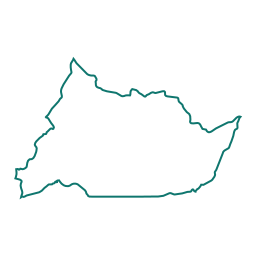 the Province of Adamaoua
{"feature_id": "CMR-1482", "entity_name": "Adamaoua", "entity_type": "Province", "adm_level": 1, "iso_a3": "CMR", "parent_name": "Cameroon", "parent_adm1": "", "projection": "robinson", "projection_center": [13.021, 7.091], "detail": "fine", "context": "isolated", "style": "outline", "palette": "teal", "viewbox_px": 256, "rotation_deg": 0, "n_neighbors": 0, "source": "natural_earth", "source_scale": "10m", "svg_char_len": 4107}
<svg xmlns="http://www.w3.org/2000/svg" viewBox="0 0 256 256"><path d="M55.2,105.1L58.6,101.3L60.1,98.8L61.0,98.1L61.7,97.4L61.9,96.1L61.1,92.4L61.0,91.1L61.2,89.7L61.6,88.4L63.6,84.3L69.1,75.7L71.2,73.2L71.5,72.3L71.3,71.2L71.0,69.7L70.7,67.3L70.7,64.8L71.0,63.3L73.2,59.7L73.5,58.8L74.1,59.5L76.5,63.2L87.1,74.0L88.4,74.8L89.6,75.2L91.0,75.5L93.1,75.5L93.8,75.6L94.7,75.9L95.2,76.6L96.4,78.7L96.5,79.4L96.5,80.0L96.2,80.6L95.8,81.1L95.6,81.8L95.8,83.2L95.9,85.1L96.3,86.2L96.8,86.8L97.5,87.3L98.8,87.8L99.5,88.0L100.1,88.1L101.5,88.9L102.4,89.9L106.9,91.3L115.8,92.8L116.6,93.1L121.3,95.9L122.2,96.2L122.9,96.2L124.2,96.0L125.5,95.5L127.0,95.3L130.0,95.4L130.3,94.7L130.5,92.2L130.6,91.4L130.8,90.9L131.4,90.2L131.7,89.5L132.3,89.1L136.2,90.1L137.8,91.3L138.3,92.1L139.3,93.1L140.2,93.6L141.4,94.2L144.3,96.4L145.1,96.6L145.7,96.3L146.4,95.4L146.9,95.0L148.9,94.2L149.5,93.8L150.9,92.9L151.6,92.6L152.6,92.3L153.4,92.4L154.8,92.9L155.4,93.0L156.1,92.9L162.4,91.3L163.7,91.2L164.3,91.3L165.0,92.1L165.1,94.9L165.5,95.4L166.1,96.0L167.6,96.4L177.2,97.6L177.8,97.9L178.2,98.3L178.6,100.6L178.8,101.3L179.1,101.8L179.5,102.2L181.8,104.2L182.4,104.9L182.7,105.4L182.8,106.4L183.9,108.5L186.8,112.1L187.8,112.9L188.5,113.4L189.3,114.1L190.2,116.2L190.4,119.6L190.3,120.4L190.1,121.3L190.2,122.2L190.6,122.8L191.2,123.2L191.9,123.3L193.3,123.4L197.3,123.0L198.0,123.1L198.8,123.3L199.7,124.0L200.3,124.8L200.8,125.8L201.2,126.6L202.5,128.9L206.0,129.6L206.8,131.0L207.2,131.4L207.9,131.9L208.6,132.2L209.3,132.2L209.9,132.1L210.5,131.9L211.2,131.6L211.9,131.2L216.0,128.4L227.6,122.6L228.4,122.3L229.3,122.2L230.2,122.2L231.5,122.0L232.3,121.7L233.1,121.1L236.5,117.7L237.8,116.9L238.7,116.6L239.4,116.5L240.0,116.6L240.5,116.8L239.4,118.1L238.3,121.1L237.6,122.5L237.3,123.2L237.3,123.8L237.5,127.5L237.4,128.1L236.9,128.8L235.6,129.4L235.1,129.8L234.5,130.9L234.1,132.0L233.3,135.9L231.4,141.4L230.3,144.0L229.3,146.9L228.9,147.8L228.2,148.4L224.9,150.3L224.0,151.0L223.2,152.0L222.7,153.5L216.3,169.8L214.9,171.9L214.8,172.6L215.0,174.1L215.1,174.8L214.9,175.5L214.4,176.7L212.3,179.7L211.4,180.5L203.5,184.8L201.2,184.7L200.7,185.7L199.9,186.9L198.3,188.7L197.4,189.0L196.2,190.4L195.4,191.2L195.5,191.4L195.5,191.7L195.4,191.7L194.2,191.0L193.3,189.6L192.8,189.4L192.3,189.6L191.9,190.0L191.6,190.3L191.4,190.9L191.0,191.4L190.3,191.7L187.4,191.9L182.2,193.4L179.3,193.8L174.7,194.5L173.7,194.3L170.9,193.2L170.0,193.1L169.2,193.3L163.4,195.8L158.3,196.5L136.4,196.7L109.5,196.7L95.2,196.7L89.5,196.6L88.2,196.0L88.0,195.5L87.6,194.9L86.6,193.8L86.4,193.4L86.2,192.8L86.1,192.2L85.8,191.5L85.4,190.9L84.9,190.2L77.8,184.4L76.9,184.0L75.7,183.7L73.7,183.7L72.5,184.0L71.6,184.4L70.3,185.3L69.7,185.7L69.0,185.9L68.4,186.1L67.2,186.1L65.7,186.0L64.8,185.7L64.0,185.4L62.8,184.6L61.5,183.6L59.7,181.4L59.4,180.9L59.1,180.4L57.6,180.5L57.0,180.8L56.9,181.0L57.0,181.9L57.0,182.1L56.5,182.2L56.3,182.1L56.1,181.8L55.7,181.6L55.2,181.9L54.5,183.1L53.8,183.4L53.0,183.5L52.6,183.7L52.4,184.0L52.1,184.3L51.0,184.4L49.8,184.4L48.7,184.5L47.7,185.3L46.6,186.3L44.5,187.9L41.8,190.7L40.5,191.5L40.0,191.8L39.1,192.3L26.6,195.5L24.6,196.6L23.5,196.9L22.6,196.6L22.0,196.6L21.1,197.2L21.4,195.9L22.3,193.3L22.3,192.2L22.0,190.8L21.1,188.2L20.8,186.7L20.6,185.6L20.8,184.2L20.9,183.5L21.5,182.1L21.6,181.4L21.4,180.7L20.5,180.0L19.8,179.6L15.4,178.4L15.9,176.9L16.5,174.2L16.5,172.4L16.2,169.2L17.8,169.0L18.1,169.1L18.7,169.6L19.1,169.6L19.5,169.5L20.1,168.9L20.3,168.7L20.9,168.8L22.1,169.1L22.7,169.2L24.1,168.8L25.5,168.0L26.6,166.9L26.9,165.4L27.3,162.8L28.1,160.7L29.6,159.3L31.8,159.1L33.3,158.1L34.6,156.1L36.2,151.8L36.5,150.1L36.7,148.4L36.4,147.3L35.2,145.7L34.8,144.8L35.2,143.1L36.2,141.5L39.6,138.0L42.8,135.7L43.0,135.4L43.2,134.5L43.4,134.2L43.7,134.2L44.3,134.2L44.9,134.1L45.7,134.0L46.1,133.9L46.4,133.4L46.5,132.8L46.7,132.2L47.5,131.6L49.9,129.2L50.5,128.7L51.3,128.5L51.9,128.6L52.4,128.8L52.9,129.0L53.4,128.7L53.9,127.3L53.2,125.7L51.1,123.0L48.3,118.5L47.5,117.8L46.2,117.5L45.9,117.1L46.3,116.6L47.3,115.7L48.4,114.5L51.9,108.7L55.2,105.1Z" fill="none" stroke="#0f766e" stroke-width="2"/></svg>